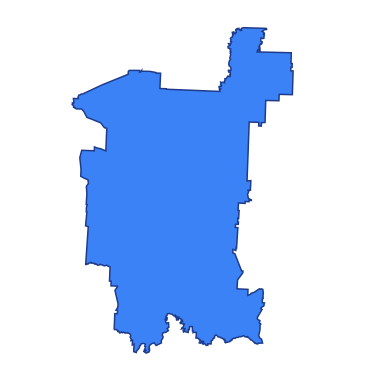 outline of Forbes, New South Wales, Australia, rotated 84°
{"feature_id": "25037944B5205782179519", "entity_name": "Forbes", "entity_type": "district", "adm_level": 2, "iso_a3": "AUS", "parent_name": "Australia", "parent_adm1": "New South Wales", "projection": "orthographic", "projection_center": [148.127, -33.379], "detail": "fine", "context": "isolated", "style": "filled", "palette": "blue", "viewbox_px": 384, "rotation_deg": 84, "n_neighbors": 0, "source": "geoboundaries", "source_scale": "gbopen_adm2", "svg_char_len": 5980}
<svg xmlns="http://www.w3.org/2000/svg" viewBox="0 0 384 384"><g transform="rotate(84 192 192)"><path d="M94.1,300.7L95.4,300.9L95.7,299.5L96.4,299.6L97.2,298.3L98.0,293.1L100.7,291.1L106.8,288.7L113.7,275.5L118.9,272.4L119.7,270.1L142.1,273.4L139.1,279.0L138.9,280.5L137.0,284.3L140.8,284.9L139.0,297.3L146.1,300.0L157.8,300.0L164.8,301.0L167.6,296.8L168.7,294.3L172.6,294.1L175.4,296.5L182.4,296.7L193.4,298.5L193.6,297.5L196.6,298.7L200.7,299.2L200.8,298.6L214.5,301.4L215.6,298.8L252.9,305.3L253.1,304.4L252.4,303.8L252.8,303.0L251.8,301.8L252.0,300.3L251.4,299.8L252.3,299.2L252.3,297.9L253.2,296.7L252.9,296.1L253.7,295.8L253.5,295.0L254.9,293.6L254.9,291.8L254.2,290.9L254.8,290.3L255.1,288.9L256.0,287.6L256.3,286.5L255.9,284.3L256.9,283.4L257.9,281.3L272.0,283.4L272.3,281.7L276.9,282.4L277.8,276.0L278.3,275.9L281.7,278.9L295.8,277.2L299.2,278.0L301.5,279.9L301.7,278.4L305.2,279.0L304.9,281.5L319.8,283.7L320.7,283.5L321.0,281.2L322.6,280.5L322.5,279.8L323.3,280.0L323.9,278.4L324.5,278.5L324.4,277.3L323.9,276.8L324.7,275.9L324.2,274.8L324.9,274.1L324.7,273.4L325.2,273.2L324.9,272.9L325.6,271.0L325.2,270.5L327.1,268.2L328.7,268.0L329.7,268.7L332.2,267.8L333.5,268.3L333.5,267.7L332.8,267.6L333.2,266.6L337.9,267.4L337.2,265.5L344.7,266.7L345.8,264.2L344.7,263.9L341.5,260.7L339.8,260.2L339.1,259.2L337.7,258.5L337.5,256.1L338.2,254.5L339.0,254.4L340.4,255.2L341.2,254.5L343.5,255.4L344.9,254.3L345.5,255.7L344.5,256.1L345.5,256.6L347.0,255.1L347.4,253.7L346.7,252.8L346.8,251.8L345.8,251.0L344.7,250.6L344.0,251.5L342.9,250.5L341.6,251.1L339.9,249.9L338.5,247.6L338.2,245.3L340.9,243.7L338.9,238.2L336.7,238.2L334.1,236.2L332.5,235.9L331.7,236.6L329.6,236.1L329.0,235.5L328.8,232.7L327.4,230.0L325.1,231.0L324.2,229.2L319.6,229.0L319.4,229.4L320.1,231.1L317.4,231.9L316.7,230.6L315.9,232.0L315.5,231.6L315.4,230.0L314.4,229.9L314.1,231.0L313.5,231.3L312.7,230.8L312.6,230.0L310.6,229.2L310.5,227.4L311.5,224.4L313.2,223.2L313.3,222.2L312.7,221.3L313.2,221.0L314.4,221.7L315.1,221.1L314.6,219.5L315.3,219.3L316.8,220.8L317.7,220.7L317.7,218.9L315.5,217.9L316.4,217.5L316.9,216.4L318.7,216.1L318.4,215.0L319.7,214.9L319.9,216.7L321.3,217.3L321.8,216.7L321.6,216.4L321.1,216.8L321.3,215.9L322.5,214.7L322.0,214.0L322.4,213.4L326.3,215.4L325.9,215.9L326.3,216.3L326.6,215.9L327.1,216.5L327.1,213.2L327.8,213.3L328.9,214.9L329.1,214.4L329.7,215.2L330.3,215.1L329.9,214.2L331.3,210.5L328.4,210.0L328.6,209.0L325.5,208.5L326.0,205.7L330.1,206.1L330.2,205.4L332.0,205.7L331.8,204.0L332.1,202.3L336.6,203.1L336.9,202.7L337.5,203.3L338.4,200.7L339.8,200.3L339.8,199.5L340.5,199.1L342.8,200.6L343.3,199.2L342.6,198.1L341.4,197.8L341.9,196.2L343.0,196.3L343.2,197.3L344.0,197.4L344.5,196.9L344.0,195.4L346.1,193.8L345.9,192.2L344.6,192.1L345.1,188.9L341.9,188.4L341.6,187.1L340.2,186.6L339.8,185.6L339.2,185.5L339.3,184.9L337.3,184.3L336.7,183.1L337.2,182.2L338.8,181.2L339.3,179.3L340.2,178.4L340.3,177.4L342.1,175.8L341.9,175.1L342.7,175.2L342.7,174.6L343.8,174.3L344.5,175.1L345.4,174.5L344.7,170.0L344.2,169.9L343.9,168.4L343.2,168.4L343.1,167.4L342.4,167.3L341.7,165.4L342.1,164.5L341.4,163.5L341.4,161.3L340.7,159.6L341.1,158.8L340.3,155.5L341.6,154.4L341.6,152.0L342.3,152.2L342.4,151.2L345.2,149.1L345.7,147.8L349.0,145.2L348.7,144.8L349.5,144.1L350.0,142.9L349.9,142.3L349.3,142.1L349.6,137.6L345.7,138.2L344.5,139.7L342.0,140.7L335.8,138.7L331.7,138.3L330.5,137.4L329.0,138.7L327.0,137.9L325.6,140.1L323.7,140.2L316.1,134.6L315.1,135.9L314.8,135.7L313.3,133.9L313.2,132.9L311.9,132.0L311.2,132.2L309.9,131.5L309.5,133.7L305.2,133.1L305.3,132.4L302.0,132.2L300.9,131.7L296.4,131.7L295.6,132.8L295.9,133.5L295.3,135.1L298.3,140.7L298.9,143.9L299.9,144.6L300.6,147.3L294.7,146.5L293.0,157.3L284.2,155.9L277.7,149.9L275.9,149.6L275.8,150.9L257.9,155.8L256.8,157.8L253.4,157.3L254.7,154.5L251.8,153.9L252.1,153.5L232.2,150.1L231.8,152.6L228.6,152.1L229.0,149.4L226.8,148.9L226.7,149.8L222.8,149.2L223.2,148.4L215.3,147.1L215.1,148.1L207.8,146.9L208.9,140.4L207.0,140.1L207.6,136.3L206.2,136.0L206.6,133.9L205.9,133.9L205.5,134.6L205.8,135.4L205.0,135.5L204.3,136.6L200.2,137.0L197.4,135.5L196.2,136.1L195.9,136.8L196.3,133.7L186.8,132.3L186.8,136.1L128.4,127.8L129.7,118.3L133.3,118.8L133.7,116.2L130.4,115.7L130.5,112.1L108.7,109.1L110.3,96.0L104.0,95.1L105.7,82.0L82.1,78.8L81.8,81.1L78.3,80.6L78.5,79.4L74.7,78.9L74.5,80.1L63.9,78.7L59.5,112.7L57.4,111.7L57.7,110.4L59.0,110.5L58.6,109.6L56.2,109.4L56.3,110.2L54.8,109.5L54.6,110.2L54.1,110.2L52.6,108.7L52.1,107.3L51.7,107.1L51.6,107.9L50.8,106.7L49.9,106.5L49.0,107.9L46.1,107.4L46.0,106.7L46.8,105.7L46.6,104.4L43.4,103.9L43.2,103.0L42.9,104.1L42.3,103.5L41.6,103.6L41.8,104.1L40.6,104.1L39.6,105.5L38.1,102.8L38.2,100.8L37.6,100.7L37.0,101.2L34.0,123.6L34.2,125.1L34.9,126.0L36.5,125.8L36.6,126.4L36.0,127.5L35.5,127.3L34.8,128.8L34.2,128.5L34.3,130.1L34.8,131.0L35.2,130.5L35.7,130.9L35.6,131.5L38.0,131.3L38.3,132.4L39.0,132.7L38.0,133.6L37.2,133.6L37.4,135.3L39.1,135.1L39.2,134.5L40.3,134.6L40.4,135.3L42.2,135.6L42.3,136.7L43.4,137.8L44.6,137.4L46.5,137.9L46.7,137.0L49.4,138.4L48.4,139.2L48.3,140.1L50.0,139.1L51.0,141.0L52.6,141.0L53.2,139.5L54.0,139.3L54.0,138.6L56.2,139.3L57.0,138.0L56.9,138.6L57.7,139.5L59.2,139.1L62.8,140.4L64.1,139.8L65.7,141.3L68.7,142.1L70.6,141.8L70.8,141.2L72.0,140.5L74.9,140.3L75.5,140.9L74.8,142.2L74.7,143.0L75.1,143.2L76.7,142.8L77.2,141.6L78.9,141.4L79.2,142.1L80.9,141.8L81.2,142.5L80.4,144.1L82.7,146.1L82.9,147.5L84.4,147.4L84.8,148.0L86.7,148.2L86.0,149.7L86.2,151.2L85.8,152.0L87.2,151.8L87.8,152.3L89.0,151.5L89.9,151.7L89.7,153.3L90.1,154.2L92.1,153.9L91.8,153.2L92.4,152.6L93.1,154.0L94.9,153.7L87.1,206.9L86.6,206.8L85.7,213.1L70.6,210.8L69.9,215.5L69.4,215.4L67.7,221.0L66.6,229.5L66.0,229.4L67.2,230.4L67.4,231.6L65.6,231.3L64.5,241.7L65.6,242.8L68.3,243.2L76.0,270.0L83.1,290.5L83.0,292.0L83.7,293.1L83.8,294.4L85.6,295.4L87.2,295.3L86.6,300.2L90.5,300.1L91.0,301.6L91.7,300.7L92.5,302.0L94.1,300.7Z" fill="#3b82f6" stroke="#1e3a8a" stroke-width="1.5"/></g></svg>